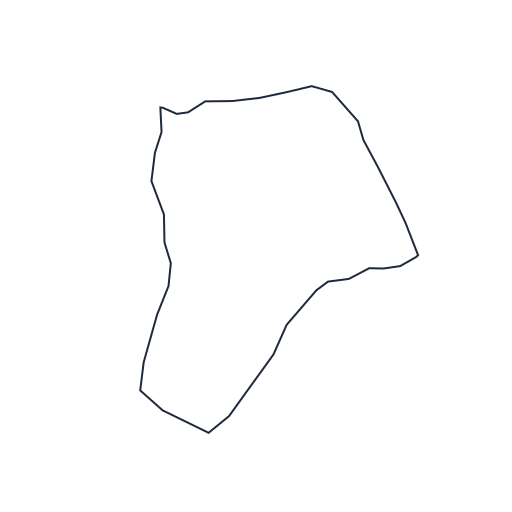 the district of Sundbyberg, Stockholm, Sweden, rotated 294°
{"feature_id": "70781695B91357499899745", "entity_name": "Sundbyberg", "entity_type": "district", "adm_level": 2, "iso_a3": "SWE", "parent_name": "Sweden", "parent_adm1": "Stockholm", "projection": "natural_earth1", "projection_center": [17.96, 59.375], "detail": "fine", "context": "isolated", "style": "outline", "palette": "slate", "viewbox_px": 512, "rotation_deg": 294, "n_neighbors": 0, "source": "geoboundaries", "source_scale": "gbopen_adm2", "svg_char_len": 642}
<svg xmlns="http://www.w3.org/2000/svg" viewBox="0 0 512 512"><g transform="rotate(294 256 256)"><path d="M322.6,403.8L347.0,379.2L361.8,362.1L387.1,330.9L405.6,307.0L420.5,294.4L436.8,258.8L433.8,237.8L418.2,217.4L401.9,195.0L387.8,171.1L376.6,146.7L359.6,135.5L353.6,125.8L353.5,110.4L352.8,108.2L330.8,119.3L309.1,121.7L281.9,130.0L256.5,155.0L231.1,166.9L214.8,181.1L193.0,188.3L162.2,189.5L113.3,196.6L86.1,204.9L77.0,233.5L75.2,284.6L98.8,296.5L127.8,302.5L173.1,312.0L205.7,312.0L249.2,325.1L261.9,332.2L272.8,350.1L290.9,364.4L296.4,377.5L305.4,391.8L319.9,402.5L322.6,403.8Z" fill="none" stroke="#1e293b" stroke-width="2"/></g></svg>